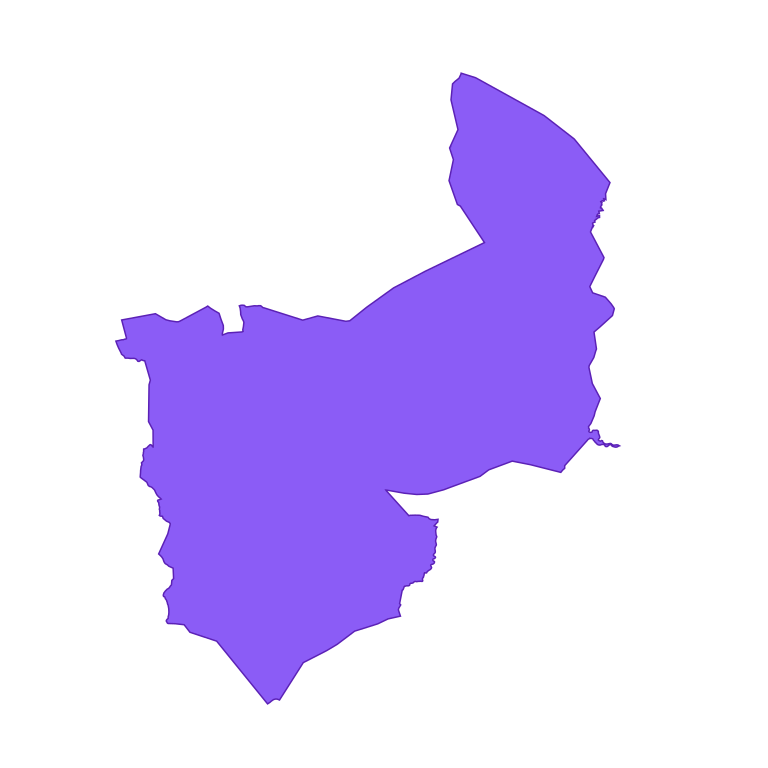 Copanatoyac, Guerrero, Mexico (Robinson projection), rotated 77°
{"feature_id": "50627088B48570898025332", "entity_name": "Copanatoyac", "entity_type": "district", "adm_level": 2, "iso_a3": "MEX", "parent_name": "Mexico", "parent_adm1": "Guerrero", "projection": "robinson", "projection_center": [-98.679, 17.438], "detail": "fine", "context": "isolated", "style": "filled", "palette": "violet", "viewbox_px": 768, "rotation_deg": 77, "n_neighbors": 0, "source": "geoboundaries", "source_scale": "gbopen_adm2", "svg_char_len": 6156}
<svg xmlns="http://www.w3.org/2000/svg" viewBox="0 0 768 768"><g transform="rotate(77 384 384)"><path d="M582.3,628.9L596.9,604.9L669.5,569.4L668.6,566.9L667.6,565.0L666.6,562.5L666.6,560.2L667.2,558.6L668.4,556.9L637.3,525.3L630.9,499.9L627.1,488.1L618.2,468.2L616.3,444.0L613.8,432.9L613.9,420.2L607.3,420.8L605.7,420.0L603.0,417.4L601.5,418.2L589.0,412.6L588.8,411.8L588.6,411.6L585.9,409.8L585.7,409.5L585.8,408.6L585.7,407.4L586.1,405.9L586.1,405.1L585.9,404.4L584.5,403.6L584.2,403.1L584.2,402.5L584.4,401.7L584.3,400.3L584.0,399.9L583.5,399.0L583.3,398.2L584.0,396.5L584.0,395.3L584.2,394.3L584.4,392.9L584.9,391.4L584.9,391.0L584.5,390.5L583.1,390.5L582.1,390.2L581.1,389.0L580.7,389.0L579.9,388.3L577.8,387.4L577.1,387.0L577.1,386.6L577.6,385.7L577.6,385.0L576.7,384.2L575.8,382.6L575.2,380.7L574.6,379.7L574.2,379.3L573.5,378.9L572.4,379.1L571.5,379.4L570.9,379.1L570.5,378.4L570.5,377.0L570.4,376.6L570.1,375.9L569.6,375.2L569.0,374.9L568.3,374.8L567.3,375.9L566.8,376.0L566.3,376.0L565.8,375.7L565.5,375.3L565.5,374.3L565.3,373.7L564.7,372.9L564.3,372.8L563.8,373.0L562.5,374.3L562.2,374.4L561.6,374.3L560.9,373.7L560.1,372.4L559.5,371.9L558.3,371.6L556.2,371.5L555.1,371.2L554.5,370.7L554.0,370.4L552.8,369.3L552.2,369.1L548.7,369.1L547.2,368.5L545.7,367.6L544.9,367.0L544.2,366.9L543.7,367.1L543.2,367.2L541.8,367.1L539.4,366.8L538.4,366.6L536.9,365.9L536.0,365.2L535.4,364.5L533.5,367.1L531.0,363.5L530.6,362.7L528.0,361.8L527.7,365.1L526.6,368.8L525.4,370.3L523.7,371.1L521.8,375.3L520.0,378.5L518.8,383.2L517.8,388.2L517.9,389.4L488.8,405.6L487.8,406.0L488.1,405.0L494.9,389.0L499.0,377.0L501.1,365.9L500.5,349.6L499.7,343.7L495.6,311.2L491.2,301.2L488.0,276.4L495.6,259.4L509.9,231.6L508.1,229.3L506.8,226.9L504.2,226.3L484.6,198.5L484.3,198.2L483.8,197.4L483.6,196.4L483.1,195.7L483.7,194.7L483.7,194.2L484.0,193.5L484.4,193.0L484.7,192.8L485.7,192.6L486.9,191.9L487.7,191.6L490.8,189.7L491.5,188.9L491.9,188.0L492.1,187.1L492.1,186.5L491.9,185.5L492.0,184.8L492.6,183.1L493.2,182.7L494.2,182.5L494.6,182.3L495.0,181.6L495.1,180.9L495.1,180.3L494.7,179.5L494.1,178.4L494.0,177.9L494.1,176.6L494.5,176.3L495.7,175.8L496.1,175.5L497.4,173.2L497.7,172.3L497.8,171.2L497.6,170.3L497.3,169.6L497.2,168.5L496.0,169.8L495.6,171.0L495.3,173.8L494.9,174.7L494.0,175.6L493.2,176.1L492.8,176.9L492.7,179.9L492.4,181.4L491.9,182.2L490.8,183.3L489.4,183.9L488.5,183.9L488.0,184.7L488.4,185.9L488.0,186.6L487.1,187.7L486.4,187.6L485.8,187.1L485.0,186.0L484.4,185.7L482.3,185.8L481.2,186.1L479.9,186.1L478.3,185.8L477.1,186.6L476.8,187.5L476.6,189.1L476.2,190.3L476.2,190.9L476.6,191.5L477.3,191.9L477.6,192.2L477.7,192.9L477.6,193.7L477.2,194.5L476.6,195.0L476.1,195.1L475.0,194.2L474.4,194.1L473.7,194.2L472.9,194.6L472.3,194.3L471.9,194.2L471.5,194.3L469.0,191.3L462.3,186.4L458.5,184.5L446.8,176.5L430.4,180.9L413.9,180.6L412.2,179.9L405.4,173.6L399.5,170.3L397.7,169.1L380.6,167.7L377.0,160.8L368.7,146.0L362.5,142.7L361.1,143.0L357.1,144.6L349.2,148.8L342.1,160.2L335.4,161.6L326.0,153.9L311.9,142.1L310.3,141.2L282.3,148.6L277.6,145.4L278.1,145.2L276.9,144.1L276.5,144.6L276.3,144.5L276.2,144.7L274.2,144.6L273.8,143.4L273.7,142.0L272.0,142.0L271.7,140.9L271.2,140.5L271.2,139.8L270.6,139.0L270.2,137.7L270.2,136.5L268.3,136.1L268.3,136.7L268.5,138.4L268.5,139.1L266.9,138.0L266.4,137.2L266.2,135.8L263.9,135.9L264.2,131.4L263.7,131.5L263.3,131.9L262.7,132.1L261.9,132.2L261.2,132.7L261.1,133.4L260.5,133.3L259.9,133.0L258.5,131.4L258.3,131.6L257.9,131.7L257.5,131.6L256.4,130.8L255.5,131.7L255.1,131.8L254.8,130.5L254.4,130.1L254.8,129.7L255.2,129.0L255.1,128.1L252.8,128.3L252.9,127.8L253.2,127.7L254.3,126.3L248.4,125.3L238.6,118.5L188.1,143.5L158.5,167.6L106.2,225.8L98.5,238.9L99.4,239.3L102.9,242.1L105.1,246.6L107.0,249.7L122.2,254.8L152.8,254.7L166.7,265.4L167.6,265.7L167.5,266.0L168.8,267.0L181.0,265.9L200.5,274.9L225.6,272.1L227.8,269.6L268.8,254.3L283.4,318.4L292.5,353.0L305.3,383.6L314.7,403.1L314.3,407.1L302.8,433.2L303.5,448.8L282.9,483.6L282.4,484.7L280.0,486.5L279.5,488.3L279.4,489.9L278.6,492.8L278.1,499.7L277.7,501.2L275.9,502.5L275.3,504.4L275.1,505.7L275.3,507.4L277.6,507.1L281.6,507.5L284.2,508.0L288.8,507.4L290.9,506.8L292.5,506.7L296.5,508.1L299.6,509.5L300.3,509.4L301.1,509.5L301.3,510.9L299.1,524.5L299.9,530.4L298.8,530.3L294.3,528.1L290.8,527.4L284.0,528.3L278.0,528.8L274.7,532.4L271.1,536.0L268.4,538.2L269.1,540.2L276.8,568.6L277.1,570.2L276.8,572.0L274.3,578.3L272.4,582.0L264.1,590.9L262.6,625.2L281.1,624.6L281.9,624.8L282.1,625.6L282.0,626.6L282.2,628.0L281.9,630.0L282.0,632.6L281.9,635.6L285.4,635.2L289.3,634.5L294.9,633.1L295.7,633.1L296.7,632.4L298.2,631.1L300.6,630.3L301.2,627.6L302.0,625.6L302.8,621.7L303.5,620.4L304.8,619.4L306.5,618.7L306.9,617.6L305.9,614.7L307.1,613.2L307.5,611.9L327.7,610.8L331.9,613.1L367.7,621.9L377.0,619.4L393.4,623.1L393.3,623.4L391.2,624.4L390.6,625.0L390.5,625.6L391.6,627.6L392.9,629.5L393.4,631.9L393.3,632.8L394.4,633.1L395.5,633.3L396.7,633.9L397.6,634.1L399.3,635.0L401.4,634.9L403.9,635.2L404.7,635.7L406.3,638.1L407.2,638.0L408.4,638.2L409.7,639.2L413.5,640.6L415.4,641.1L419.5,642.4L420.2,642.4L426.2,637.3L426.7,637.1L429.1,636.7L429.9,636.5L431.1,635.5L431.5,634.6L432.5,633.4L435.0,631.8L435.8,631.4L438.8,630.8L441.2,630.1L443.2,629.0L444.8,627.7L446.0,627.0L446.1,627.6L446.3,630.5L446.9,630.9L447.6,630.8L449.0,630.2L450.4,630.4L451.8,630.5L453.3,630.3L453.8,630.4L455.6,631.1L457.0,631.0L458.0,631.3L458.5,631.3L460.2,631.6L460.5,631.7L461.4,632.5L462.3,631.8L463.1,629.6L465.3,629.4L468.7,626.8L470.5,624.4L471.9,623.7L472.9,624.0L481.4,628.4L498.9,641.8L501.3,640.2L503.0,639.3L504.7,638.7L507.5,638.4L508.9,638.0L509.7,637.6L510.7,636.7L511.4,635.8L513.1,634.7L516.0,630.9L526.3,632.8L527.6,634.9L531.9,636.3L532.9,637.7L534.1,638.9L534.8,640.2L535.1,641.4L536.5,643.6L538.1,645.5L540.1,646.6L541.2,646.6L541.6,646.4L541.8,645.8L542.2,645.5L544.2,645.3L544.5,645.0L546.2,644.5L547.2,644.5L547.9,644.3L549.6,644.4L551.0,644.1L554.6,644.3L557.9,644.9L560.4,645.7L562.1,646.6L563.9,647.1L564.5,648.3L565.1,649.0L565.9,649.5L568.3,648.8L568.8,648.2L570.6,641.4L573.6,632.9L582.3,628.9Z" fill="#8b5cf6" stroke="#5b21b6" stroke-width="1.5"/></g></svg>